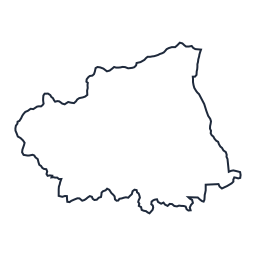 Santa Teresa, Espírito Santo, Brazil (Mercator projection)
{"feature_id": "56859067B94246844469719", "entity_name": "Santa Teresa", "entity_type": "district", "adm_level": 2, "iso_a3": "BRA", "parent_name": "Brazil", "parent_adm1": "Espírito Santo", "projection": "mercator", "projection_center": [-40.64, -19.868], "detail": "fine", "context": "isolated", "style": "outline", "palette": "slate", "viewbox_px": 256, "rotation_deg": 0, "n_neighbors": 0, "source": "geoboundaries", "source_scale": "gbopen_adm2", "svg_char_len": 3580}
<svg xmlns="http://www.w3.org/2000/svg" viewBox="0 0 256 256"><path d="M210.2,118.8L208.2,115.9L206.4,111.0L204.2,104.0L199.0,94.1L197.4,92.6L196.1,90.9L194.3,87.9L193.5,85.0L193.0,82.1L193.0,78.9L192.8,76.7L194.9,76.7L196.5,74.9L196.7,71.4L197.2,69.2L197.4,66.8L197.4,64.2L198.0,61.9L198.3,59.3L199.1,56.5L199.4,54.6L200.1,52.2L201.0,49.6L195.3,49.1L193.2,47.9L191.7,46.0L189.0,46.5L186.0,46.5L184.4,45.3L182.4,43.4L179.8,42.7L177.3,45.3L175.2,47.1L171.9,47.1L168.7,48.1L166.6,49.2L165.3,50.8L163.8,52.4L162.0,53.3L159.8,54.0L158.2,54.9L156.1,55.6L154.1,56.2L152.3,56.4L150.2,56.8L147.6,56.8L146.0,58.1L144.4,59.9L140.5,62.1L138.3,62.6L136.6,63.0L136.1,65.4L134.3,67.2L132.4,67.8L130.1,68.1L128.1,68.3L125.1,67.1L122.5,66.9L120.5,67.4L118.3,67.6L116.1,67.6L114.1,67.0L112.1,68.7L109.6,70.6L106.9,71.3L103.4,68.6L100.2,67.4L97.5,67.0L95.6,68.1L94.9,71.4L94.0,74.1L92.4,75.6L89.8,76.0L88.4,77.1L86.7,79.3L86.4,81.7L87.8,82.8L87.5,85.0L87.7,88.0L87.1,90.7L87.2,92.6L87.3,94.9L85.1,96.6L82.8,97.4L79.3,98.1L77.2,99.5L76.0,101.3L74.0,103.1L71.0,102.7L68.2,102.0L66.3,103.2L64.7,104.3L62.2,103.6L60.7,102.4L59.1,101.3L57.3,101.1L55.1,101.7L53.9,100.1L53.0,98.2L51.3,96.9L50.3,95.1L48.0,93.6L44.6,93.7L43.4,95.5L43.2,97.7L43.1,100.0L43.3,101.9L43.6,103.7L42.5,105.2L41.0,106.4L38.8,106.3L37.1,106.6L33.3,109.1L30.6,108.8L27.9,110.8L25.3,111.9L23.6,113.8L22.3,115.7L21.1,118.3L19.4,120.9L17.6,121.7L17.4,123.7L15.9,125.7L15.4,128.4L15.5,130.7L16.6,133.3L17.8,136.5L20.6,138.1L23.0,140.4L24.6,142.8L24.0,145.1L23.3,147.1L22.4,149.7L22.1,152.3L23.6,154.9L25.5,155.2L27.2,155.5L29.2,155.5L32.6,154.8L34.3,155.5L35.4,157.3L37.7,159.1L38.5,162.3L39.3,164.8L41.1,166.0L42.3,167.9L43.9,168.9L46.3,169.2L47.2,171.5L46.5,174.0L47.6,175.8L49.8,175.4L52.2,175.7L51.5,177.4L53.4,177.2L55.1,177.6L57.2,177.6L59.0,179.1L61.3,179.0L60.1,182.4L59.7,184.4L58.9,186.6L58.7,189.3L58.7,195.9L62.3,196.8L64.9,196.0L66.9,196.1L67.0,198.7L67.3,201.8L69.6,202.1L71.2,200.9L74.4,199.5L77.4,198.3L79.5,198.4L82.2,200.7L84.4,200.0L86.2,198.8L87.7,197.5L89.8,196.1L91.9,196.8L92.7,198.8L94.4,200.0L96.8,199.7L98.7,197.7L101.0,197.0L101.4,194.8L101.6,192.6L102.9,191.3L105.6,190.3L107.1,188.7L109.3,189.8L110.5,191.7L111.5,193.2L113.2,194.7L114.6,196.4L115.0,199.4L116.6,200.7L118.3,200.5L119.4,198.8L121.8,198.4L123.9,197.7L125.9,197.3L128.3,197.7L129.8,196.0L131.8,194.2L132.6,191.2L134.5,189.7L136.6,190.1L137.1,192.4L138.6,193.4L139.4,195.6L139.9,197.7L138.7,200.2L138.2,202.0L139.3,203.5L138.8,205.9L141.1,207.1L141.7,209.9L143.6,210.7L146.1,211.2L147.6,212.4L149.5,213.3L151.1,211.5L152.6,209.8L153.2,207.6L152.8,205.5L151.3,204.3L151.6,201.6L153.4,200.2L155.0,199.6L157.0,199.3L158.0,201.9L161.1,203.7L163.5,202.6L165.0,204.6L167.6,205.9L169.7,203.9L172.1,204.1L174.3,206.0L177.0,206.4L179.0,205.6L181.3,205.9L183.8,206.0L185.7,206.6L186.6,209.2L188.4,210.5L190.6,210.3L189.8,207.5L191.0,204.9L192.9,202.9L192.1,199.9L189.9,198.7L188.3,197.2L197.8,197.5L199.9,199.5L202.0,201.1L203.6,201.6L204.4,199.8L204.6,197.3L204.7,195.0L205.2,192.9L205.7,190.3L205.7,187.7L205.7,184.7L218.5,184.1L219.6,186.6L221.9,188.5L224.8,187.1L227.0,186.1L229.2,184.8L231.7,183.3L233.4,181.6L233.3,179.7L234.3,177.4L236.3,177.8L238.2,178.4L240.2,177.9L240.6,175.0L240.1,172.1L237.6,171.4L235.5,170.9L233.3,170.4L230.9,170.9L228.8,171.8L227.5,159.0L226.5,156.8L226.7,154.8L225.8,152.1L223.4,150.4L222.0,147.9L220.3,146.5L218.9,144.1L218.1,141.8L216.2,140.7L214.4,138.6L213.4,136.6L211.7,135.2L210.7,133.3L211.0,130.8L210.0,128.7L210.1,126.0L210.6,123.8L211.0,121.3L210.2,118.8Z" fill="none" stroke="#1e293b" stroke-width="2"/></svg>